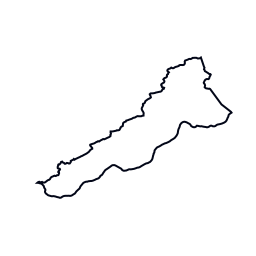 outline of Ibotirama, Bahia, Brazil, rotated 252°
{"feature_id": "56859067B45817920409043", "entity_name": "Ibotirama", "entity_type": "district", "adm_level": 2, "iso_a3": "BRA", "parent_name": "Brazil", "parent_adm1": "Bahia", "projection": "robinson", "projection_center": [-43.208, -11.971], "detail": "fine", "context": "isolated", "style": "outline", "palette": "ink", "viewbox_px": 256, "rotation_deg": 252, "n_neighbors": 0, "source": "geoboundaries", "source_scale": "gbopen_adm2", "svg_char_len": 5854}
<svg xmlns="http://www.w3.org/2000/svg" viewBox="0 0 256 256"><g transform="rotate(252 128 128)"><path d="M89.6,68.6L89.8,69.7L89.9,71.1L89.8,71.9L89.5,72.9L89.6,73.8L89.2,75.8L88.9,76.9L88.8,77.9L88.8,78.7L88.9,79.8L89.0,80.9L89.2,81.9L89.2,83.6L89.3,84.5L89.8,85.5L90.3,86.3L90.8,86.7L91.2,87.4L91.2,88.2L91.8,89.3L92.7,90.3L93.5,91.3L93.9,92.0L94.6,92.7L95.1,93.7L95.6,95.6L96.2,97.6L96.7,99.3L97.3,100.9L97.4,101.8L97.2,102.7L96.8,103.8L95.9,104.8L94.9,105.7L93.5,107.0L92.3,108.1L91.6,108.8L90.8,109.2L90.0,109.4L89.3,110.0L88.8,110.5L88.5,111.2L88.3,112.3L88.1,113.2L88.2,114.3L88.4,116.2L88.1,117.2L87.8,117.8L87.5,119.7L87.3,121.1L87.3,123.1L87.4,124.3L87.3,125.2L87.1,126.0L87.2,127.0L87.3,127.7L87.7,129.0L87.9,130.1L88.1,131.0L88.4,132.3L88.7,134.3L88.5,136.1L88.7,136.9L88.9,138.4L89.5,139.6L90.2,140.7L91.2,141.7L92.2,142.3L93.0,142.8L93.9,143.3L94.9,144.1L95.8,144.5L96.3,145.2L96.8,145.6L97.7,146.0L98.5,146.4L99.6,148.0L100.5,149.5L100.7,150.7L100.8,152.0L101.2,153.8L101.6,155.1L101.8,156.9L102.0,158.0L101.9,159.7L102.1,161.6L102.4,163.5L103.1,165.3L103.7,168.0L104.2,169.5L105.8,171.9L107.5,173.6L110.1,174.9L111.3,175.7L113.1,177.4L114.3,178.1L114.9,178.5L115.3,179.0L116.3,180.5L116.7,182.2L116.6,183.1L116.4,183.9L115.3,185.5L114.2,186.5L113.3,187.4L112.5,188.1L111.8,188.4L110.6,188.6L110.0,189.0L108.9,190.0L108.3,191.0L108.1,192.1L108.3,193.1L108.9,194.1L108.5,195.1L108.1,195.7L107.2,197.3L107.0,198.4L106.5,199.2L105.7,200.6L104.9,202.3L104.3,203.2L104.1,204.1L104.2,205.4L104.6,206.7L104.6,207.7L104.1,208.5L103.5,209.1L103.2,209.8L102.9,210.7L102.9,211.8L103.4,213.0L103.6,214.1L103.3,216.6L103.2,218.7L103.4,221.0L103.8,222.6L104.6,223.9L106.0,225.2L106.8,225.8L107.6,226.7L108.3,227.2L108.9,227.5L109.5,228.0L110.1,229.4L110.6,231.2L111.6,230.9L119.9,225.3L121.5,224.2L139.6,218.2L140.2,217.7L140.4,216.7L140.8,216.0L141.2,215.3L141.5,214.6L142.1,214.1L143.0,213.5L143.8,213.9L144.4,214.4L145.3,214.5L146.1,214.5L146.8,214.1L147.6,214.0L148.2,214.5L149.5,215.7L150.0,216.5L150.2,217.4L150.2,218.2L149.6,219.7L150.1,220.5L150.8,221.0L151.6,221.5L152.4,222.5L153.3,223.2L153.9,222.9L154.1,222.1L155.8,220.9L156.7,220.1L157.7,219.3L158.3,218.7L159.7,218.7L160.3,218.4L161.1,218.9L161.8,219.4L162.7,219.2L172.5,219.1L172.1,218.0L172.3,216.8L172.5,215.9L173.1,215.3L173.7,214.6L174.1,213.4L174.4,212.2L174.7,211.1L174.3,209.9L174.2,208.9L174.6,208.2L174.8,207.4L174.6,206.3L174.5,204.6L174.5,203.2L173.6,202.4L172.2,202.2L171.3,201.5L170.8,200.6L170.9,199.6L171.4,198.4L171.8,197.0L171.8,196.1L171.3,195.4L171.3,194.2L171.3,193.2L171.4,192.1L171.2,191.0L170.9,190.1L170.9,189.3L171.3,188.6L172.1,187.8L171.6,186.7L171.6,185.4L171.5,184.4L171.0,183.5L170.3,183.1L169.5,183.3L168.9,183.8L168.3,184.1L167.9,183.3L166.9,182.7L166.7,181.7L166.0,181.2L165.2,181.1L164.5,180.5L164.2,179.4L164.2,178.2L163.9,177.4L163.3,176.6L162.3,177.0L161.2,177.1L160.2,176.4L160.1,175.6L159.8,174.8L159.5,173.5L158.7,172.8L157.8,173.1L156.8,172.9L156.0,173.2L155.7,174.0L155.1,174.8L154.2,174.2L154.2,173.3L153.9,172.6L153.2,171.8L152.7,171.2L152.5,170.2L152.7,169.2L152.8,168.1L152.9,167.1L153.0,166.1L153.1,165.2L153.0,164.5L153.1,163.6L153.3,162.3L153.6,161.3L153.9,160.1L153.4,159.1L152.6,159.1L151.8,159.3L150.9,159.3L150.0,159.2L149.7,158.5L149.4,157.3L149.3,156.3L149.1,155.4L148.8,154.6L148.5,153.7L148.1,152.7L146.9,151.9L146.4,151.1L146.4,149.8L145.8,149.4L144.8,149.4L144.3,148.9L142.6,147.2L141.8,146.9L140.9,146.9L140.0,147.0L139.2,147.3L137.9,147.5L137.3,147.5L136.2,147.0L135.0,146.6L135.2,145.2L135.1,144.1L135.4,143.2L135.6,142.5L135.9,141.7L136.3,141.0L136.3,140.1L136.2,139.4L136.0,138.5L135.8,137.6L136.0,136.7L136.0,135.9L135.7,135.0L135.6,133.8L135.6,132.8L135.6,131.8L135.5,130.8L135.5,129.7L135.6,128.6L134.8,127.9L134.8,126.5L134.4,125.2L133.5,124.5L132.9,124.3L132.3,124.0L131.5,123.6L131.3,122.1L130.7,121.0L130.1,120.7L129.5,120.0L128.8,119.2L128.8,118.3L128.9,117.5L129.3,116.8L129.1,116.0L129.2,114.9L129.3,113.9L129.5,112.3L129.7,111.5L130.1,110.4L129.0,110.0L128.1,110.1L127.5,109.8L126.8,109.0L125.9,109.0L125.5,108.3L125.2,107.3L125.1,106.1L125.0,105.0L124.8,103.9L124.7,102.9L124.6,101.9L125.2,101.0L125.0,100.1L124.8,99.1L124.7,98.2L124.4,97.3L124.1,96.3L124.7,95.5L124.4,94.6L124.5,93.7L124.1,92.4L123.9,91.3L123.8,90.5L123.9,89.7L123.9,88.6L123.9,87.9L123.8,86.9L123.0,86.6L122.2,87.0L121.3,87.3L120.1,87.8L119.3,87.6L119.0,86.3L118.8,85.4L118.2,84.6L117.4,83.4L117.0,82.2L116.5,80.7L116.3,79.4L116.1,78.4L116.0,77.4L115.7,76.3L115.6,75.3L115.6,74.6L115.3,73.4L115.2,72.3L115.1,71.3L114.9,70.0L114.7,68.2L114.4,67.4L115.3,66.9L114.7,65.9L114.6,64.3L114.4,63.4L113.5,63.2L112.9,62.5L112.3,61.7L112.4,60.9L113.2,60.0L113.7,59.0L113.3,57.6L113.6,56.7L114.5,56.4L115.3,55.4L116.4,55.0L116.3,53.7L115.5,53.2L115.1,52.6L114.5,51.5L114.9,50.7L114.5,50.2L113.9,49.9L113.1,49.4L112.6,49.0L111.4,48.8L110.7,49.7L110.3,50.5L109.5,50.5L109.0,49.7L108.4,48.6L107.8,48.1L107.3,48.7L106.3,48.5L105.5,47.9L104.7,47.2L105.0,45.7L104.7,44.9L104.8,44.0L105.3,43.5L105.3,42.3L105.1,41.4L105.1,40.3L104.7,39.3L104.0,38.5L103.5,38.0L103.1,37.1L103.2,36.3L103.0,35.3L102.7,34.4L102.3,33.4L102.0,32.5L101.9,31.8L102.2,31.0L102.4,30.1L103.3,29.6L103.3,28.6L103.4,27.8L104.3,27.0L104.3,26.2L104.2,25.5L103.9,24.8L103.5,25.9L102.7,27.0L102.2,27.9L101.6,28.6L100.8,29.1L99.8,29.5L99.1,29.9L97.4,29.9L96.4,30.0L95.3,30.4L94.5,30.3L93.6,29.6L92.8,29.3L91.9,29.4L91.0,29.7L89.6,30.7L88.9,31.1L88.4,31.7L88.0,32.3L87.4,33.2L86.8,34.1L86.5,34.8L86.4,35.5L86.2,36.2L85.3,37.8L84.2,39.3L83.4,40.7L82.7,41.6L82.5,42.5L82.6,43.3L82.9,44.1L83.1,45.2L83.1,46.1L83.0,46.9L82.7,48.0L82.1,49.9L81.8,51.0L81.4,51.7L81.2,52.6L81.2,53.6L81.4,54.5L81.7,55.4L81.9,56.3L82.0,57.0L82.7,58.1L83.6,59.2L84.6,61.3L85.0,62.2L85.3,63.0L85.8,63.6L86.5,64.1L87.5,65.2L88.1,66.2L88.6,67.0L89.0,67.6L89.6,68.6Z" fill="none" stroke="#020617" stroke-width="2"/></g></svg>